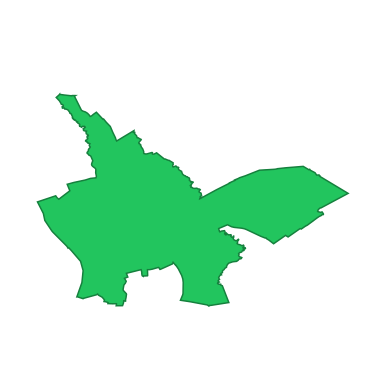 the district of Tynaarlo, Drenthe, Netherlands, rotated 352°
{"feature_id": "6326949B53831042389857", "entity_name": "Tynaarlo", "entity_type": "district", "adm_level": 2, "iso_a3": "NLD", "parent_name": "Netherlands", "parent_adm1": "Drenthe", "projection": "natural_earth1", "projection_center": [6.601, 53.112], "detail": "fine", "context": "isolated", "style": "filled", "palette": "green", "viewbox_px": 384, "rotation_deg": 352, "n_neighbors": 0, "source": "geoboundaries", "source_scale": "gbopen_adm2", "svg_char_len": 5963}
<svg xmlns="http://www.w3.org/2000/svg" viewBox="0 0 384 384"><g transform="rotate(352 192 192)"><path d="M73.7,77.5L70.7,79.5L73.4,83.3L74.6,86.1L74.8,87.0L76.1,87.4L76.6,88.8L76.5,89.2L75.3,89.5L75.3,90.8L75.6,91.0L77.0,90.9L77.3,91.2L77.5,92.1L79.0,92.5L80.4,93.3L81.9,95.8L81.9,96.7L82.5,97.4L83.0,97.5L83.4,98.3L83.7,99.5L84.1,100.5L83.9,101.5L84.2,101.8L84.0,102.3L84.8,103.0L84.7,103.5L85.5,103.9L85.4,104.2L85.6,104.5L86.4,104.5L86.9,105.1L87.5,106.6L88.5,106.5L88.4,107.4L88.7,108.1L89.9,108.9L90.2,109.4L89.8,110.5L89.9,111.3L90.7,111.6L91.6,112.5L93.1,111.7L93.7,112.0L94.6,112.0L95.0,112.3L94.8,112.7L95.1,113.2L93.1,114.3L93.5,114.7L93.1,115.5L93.6,116.3L96.0,117.1L95.4,117.9L95.4,119.6L96.5,120.5L97.1,121.2L97.2,121.9L97.0,122.1L96.2,121.9L95.8,122.5L95.9,123.1L95.7,123.6L95.9,124.1L96.3,124.3L96.1,124.8L94.7,126.0L94.0,126.0L93.7,126.6L94.7,127.8L95.4,128.0L95.7,128.5L95.5,128.8L95.6,129.0L97.6,129.9L96.9,131.1L96.7,131.8L97.5,133.2L97.3,133.7L95.5,135.3L94.8,137.3L93.7,138.1L93.5,138.8L93.7,139.3L94.4,139.9L95.0,141.1L96.4,142.0L96.8,142.5L98.1,147.2L96.7,149.8L96.4,150.6L96.5,151.6L97.1,152.7L99.4,155.0L99.8,155.8L99.9,156.5L99.3,159.5L99.5,163.1L98.9,164.6L93.3,164.4L87.9,165.3L76.4,166.1L69.5,167.0L71.2,173.8L59.1,180.6L57.5,178.8L56.5,176.8L37.6,180.3L41.8,192.5L42.3,199.7L47.8,211.1L48.7,212.5L60.4,228.1L61.5,230.2L61.5,230.3L62.2,230.1L64.5,233.4L72.0,245.1L73.2,254.4L73.2,254.8L70.4,266.3L63.4,279.8L63.8,279.8L69.3,282.5L69.8,282.2L83.0,280.5L84.3,279.9L85.0,281.1L88.3,283.6L89.0,284.6L90.3,286.7L89.6,288.2L91.6,288.8L93.5,289.8L93.2,290.8L97.6,291.6L101.6,292.1L101.7,292.3L101.1,294.1L107.4,294.9L108.6,292.6L109.5,289.5L109.5,290.5L111.0,290.8L111.5,288.3L111.8,288.0L112.9,284.1L112.8,283.6L110.3,279.9L110.2,278.9L111.6,274.7L113.4,272.9L114.4,271.3L114.3,270.9L113.1,268.1L116.6,267.3L115.7,263.4L130.8,261.8L130.9,262.2L131.1,265.2L130.9,265.6L130.9,266.6L131.0,267.9L131.2,268.2L132.1,268.8L132.2,268.4L136.2,268.8L136.4,268.7L136.5,268.3L137.1,262.7L139.1,263.0L141.8,262.9L148.2,262.0L148.6,262.2L149.5,264.2L149.9,264.2L162.6,260.5L163.5,259.0L165.6,262.3L165.8,262.2L167.8,266.3L170.2,273.3L170.8,276.9L170.7,280.4L169.0,291.2L168.5,292.5L165.5,297.6L175.2,300.5L191.5,306.0L192.8,307.3L193.2,307.2L193.3,307.0L193.9,306.7L194.6,306.9L213.1,306.6L209.0,289.1L207.6,288.2L207.3,287.8L207.6,287.7L207.6,287.3L205.7,287.1L205.0,286.6L204.6,286.0L204.8,285.6L205.5,285.4L205.3,285.0L205.5,284.7L206.1,285.0L206.4,284.9L205.8,284.3L205.5,283.5L206.9,282.4L206.5,282.2L206.8,281.2L206.6,280.8L206.5,280.4L207.6,279.0L208.4,278.3L209.7,278.1L209.5,277.7L208.9,277.5L208.9,277.2L209.8,276.4L210.9,276.1L211.2,274.4L211.7,273.9L212.8,273.4L214.0,272.1L215.7,271.3L215.8,270.8L216.1,270.0L217.0,268.8L218.4,267.6L222.6,266.8L226.5,266.9L228.1,266.1L229.6,264.8L231.0,265.0L231.7,264.6L232.2,263.9L231.1,263.2L230.5,263.1L229.3,261.7L229.4,261.2L229.9,260.3L229.6,259.5L230.8,258.6L231.9,258.6L233.0,258.2L233.6,257.3L234.0,257.1L234.8,257.3L235.3,257.1L235.4,256.9L234.8,256.3L234.8,256.1L236.1,255.8L236.9,255.5L237.1,255.2L236.9,254.6L236.0,254.6L235.7,254.7L235.5,255.3L235.1,255.4L234.9,255.1L234.7,254.1L235.7,253.4L235.9,252.7L235.6,251.8L234.0,252.1L232.0,250.8L230.6,250.3L229.6,249.5L229.5,249.2L230.1,248.3L230.3,247.1L231.5,245.9L231.6,245.5L231.5,245.3L231.0,245.4L230.0,246.1L228.7,246.4L227.1,245.4L226.2,243.9L227.0,242.6L227.2,241.5L226.9,241.4L226.1,242.4L225.0,242.3L224.3,241.3L224.8,240.4L224.6,239.7L222.5,239.6L221.2,238.7L220.3,237.4L220.0,237.6L220.0,239.0L219.7,239.2L219.2,239.0L218.5,237.9L218.6,237.7L219.2,237.6L219.5,237.3L219.1,236.6L219.1,235.5L218.8,234.8L215.8,234.8L214.1,235.4L213.7,234.9L213.8,234.3L213.4,233.1L213.3,231.9L222.6,229.4L226.3,231.9L228.8,232.9L236.0,234.7L238.8,235.7L241.1,237.0L253.9,245.4L258.1,247.8L258.8,247.7L259.6,248.9L261.2,250.1L265.6,254.6L278.6,248.0L280.9,249.9L293.9,243.3L295.0,243.9L300.4,241.2L300.6,241.3L301.8,240.8L312.2,235.1L314.4,234.0L316.9,233.2L317.7,232.4L318.5,232.7L318.9,232.6L319.1,232.2L319.0,231.7L318.0,229.8L316.7,230.1L314.0,229.0L313.7,228.5L314.7,226.9L316.8,225.6L317.5,225.7L346.4,215.1L320.6,194.2L320.8,193.8L320.4,193.7L320.2,192.8L317.8,192.6L316.5,190.0L312.3,187.0L311.7,185.9L310.8,186.2L305.7,182.1L288.6,181.1L279.9,180.8L278.6,181.0L276.9,181.0L261.8,179.8L247.0,183.4L241.0,184.5L239.1,185.3L239.0,185.2L236.0,186.0L236.3,186.4L230.3,188.2L230.4,188.5L216.5,193.2L202.1,198.6L201.7,198.5L201.3,198.9L198.7,199.8L198.9,199.2L199.6,199.1L199.9,198.7L199.6,197.6L201.0,197.0L200.8,194.4L199.2,193.2L199.0,192.8L199.7,191.2L200.3,191.2L200.5,190.9L199.9,190.2L198.0,189.6L197.4,188.9L195.0,188.8L193.5,188.4L192.7,187.5L191.6,187.2L192.0,186.0L191.3,185.7L191.2,185.3L192.5,184.5L193.3,183.3L194.4,182.7L194.5,182.4L193.0,181.6L192.6,182.0L192.2,182.0L191.6,180.5L191.0,179.8L191.5,179.0L191.2,177.7L190.0,177.0L189.5,176.3L188.4,176.0L187.7,175.1L186.4,174.4L185.2,173.1L184.9,171.8L184.6,171.1L184.6,170.1L182.5,168.6L181.8,167.5L181.7,167.0L182.2,165.9L181.5,165.4L180.3,165.1L180.1,164.9L180.0,164.3L179.6,164.0L177.1,164.6L176.6,164.4L176.5,164.1L176.6,162.9L176.8,162.4L177.2,162.1L177.1,161.7L177.4,160.5L173.6,157.4L173.0,157.4L170.1,155.6L169.2,155.5L162.4,148.3L159.6,149.2L158.6,149.1L158.1,148.8L158.3,147.6L157.9,147.3L152.5,148.0L151.4,147.9L149.8,147.3L149.6,146.9L149.8,145.3L149.6,144.2L149.1,142.2L148.0,140.3L148.0,139.7L147.5,138.6L147.8,138.3L146.5,136.5L146.2,136.5L146.2,135.6L148.5,133.6L149.0,133.1L148.9,132.9L148.7,132.6L147.3,131.9L146.6,131.0L145.3,130.7L144.9,128.5L143.7,126.9L143.3,126.2L143.6,125.1L142.3,124.9L142.4,124.6L142.9,124.0L143.1,123.1L124.5,131.0L124.0,129.6L123.7,127.6L121.9,122.0L120.2,115.7L116.8,111.0L114.6,107.4L114.0,107.6L108.4,99.7L105.1,101.4L103.1,102.7L101.7,103.0L101.0,101.6L99.5,99.5L97.6,97.9L95.2,96.7L93.9,95.7L88.9,80.8L90.0,80.3L86.6,79.8L86.2,80.0L79.1,78.2L74.6,76.9L74.6,76.7L73.7,77.5Z" fill="#22c55e" stroke="#15803d" stroke-width="1.5"/></g></svg>